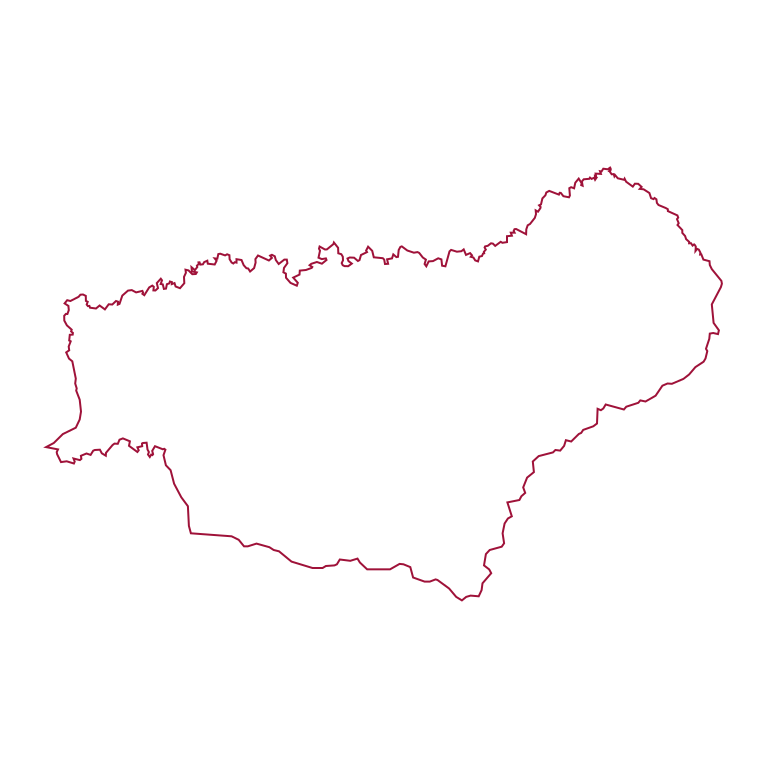 Ngoajane, Butha-Buthe, Lesotho (orthographic projection)
{"feature_id": "5366337B97344543067917", "entity_name": "Ngoajane", "entity_type": "district", "adm_level": 2, "iso_a3": "LSO", "parent_name": "Lesotho", "parent_adm1": "Butha-Buthe", "projection": "orthographic", "projection_center": [28.545, -28.658], "detail": "fine", "context": "isolated", "style": "outline", "palette": "rose", "viewbox_px": 768, "rotation_deg": 0, "n_neighbors": 0, "source": "geoboundaries", "source_scale": "gbopen_adm2", "svg_char_len": 6054}
<svg xmlns="http://www.w3.org/2000/svg" viewBox="0 0 768 768"><path d="M707.3,351.1L706.0,348.8L709.3,338.8L709.8,333.6L713.2,333.0L718.0,334.1L718.9,330.3L713.6,322.9L711.8,304.4L720.9,287.1L721.9,283.7L721.4,280.9L711.8,269.1L709.8,265.0L709.5,261.2L703.4,259.6L701.3,254.3L700.1,254.5L700.4,252.6L698.8,249.6L697.2,248.9L695.5,251.0L695.8,246.6L694.9,245.1L694.1,244.4L692.6,245.6L691.0,243.2L689.1,243.3L689.2,241.9L686.1,239.1L685.1,236.0L682.3,232.9L682.3,230.1L677.5,225.0L678.7,223.2L677.0,219.1L678.2,217.6L677.4,215.4L667.9,211.1L667.8,209.2L665.7,208.0L658.5,205.0L656.9,202.9L656.4,199.3L654.5,198.0L653.5,199.1L651.1,198.2L649.4,193.0L643.6,189.3L639.8,188.9L641.6,186.9L638.2,183.8L634.9,183.7L632.8,186.6L626.1,181.7L624.6,178.7L624.1,179.8L617.8,178.3L615.1,175.1L614.4,176.3L613.7,174.1L611.7,174.3L609.9,171.8L610.4,170.5L609.4,170.7L610.6,168.5L610.1,167.6L607.8,169.3L603.3,168.7L601.5,171.5L600.0,171.2L600.9,173.9L595.6,173.6L596.0,175.8L594.9,175.6L595.0,177.2L596.5,177.7L595.1,179.8L594.2,177.7L591.6,178.9L590.0,177.6L589.3,178.8L583.7,179.3L581.9,181.5L582.6,185.7L581.2,185.1L581.6,183.2L578.7,178.6L575.3,182.7L574.1,188.3L571.1,187.2L569.3,188.2L569.9,195.5L569.0,197.3L563.4,196.2L560.8,192.9L559.7,192.8L558.9,194.6L549.2,190.9L546.3,192.5L545.4,195.3L542.4,198.4L541.0,204.4L539.1,205.3L540.6,207.0L540.4,208.1L538.0,211.7L535.7,210.4L536.0,214.2L534.8,217.9L530.0,224.0L527.7,225.3L526.3,229.3L526.1,234.2L516.1,229.0L514.5,229.2L513.7,230.9L514.6,232.7L510.8,232.7L511.9,235.7L507.0,236.2L507.0,242.1L502.4,242.8L500.7,241.8L495.2,245.9L492.9,243.6L491.0,243.3L487.8,245.8L485.1,246.4L484.6,247.5L485.8,249.6L483.9,251.8L484.2,253.3L483.0,253.6L482.0,256.0L479.3,256.7L478.0,261.4L475.2,260.4L473.4,257.5L470.8,256.8L472.0,255.3L470.1,253.1L466.0,254.9L463.7,249.4L461.4,251.2L456.9,251.7L451.1,249.9L449.5,251.4L445.4,266.3L442.1,265.7L441.4,259.4L438.2,258.3L433.0,261.1L428.7,261.4L426.3,266.3L424.6,264.0L425.9,259.6L422.8,257.5L419.2,252.9L417.5,252.1L413.9,252.7L407.3,250.5L401.8,246.4L400.4,246.9L398.7,250.0L398.0,256.8L396.4,257.1L393.3,254.4L392.0,258.4L387.1,259.3L388.1,263.8L385.0,264.0L384.2,259.6L382.8,258.2L373.8,257.3L372.2,250.8L368.1,246.7L366.1,250.6L367.0,252.1L361.0,255.0L359.5,260.1L357.9,261.0L354.1,257.7L349.7,257.5L347.5,258.5L348.5,261.1L351.8,263.6L348.2,266.2L344.5,266.1L342.7,265.2L341.7,263.1L343.0,260.3L342.8,256.7L341.3,254.2L338.3,253.3L338.1,247.8L333.9,242.5L333.4,244.1L326.9,249.4L325.0,249.5L319.6,246.5L319.0,248.7L320.0,250.7L318.5,257.7L321.8,259.1L325.9,258.4L326.5,260.0L321.9,263.7L316.9,262.0L311.3,263.8L309.6,265.2L312.3,267.0L311.7,267.9L305.9,270.0L299.8,270.6L299.5,274.6L293.2,277.6L297.8,282.8L296.8,285.7L290.5,282.9L286.0,277.7L285.9,273.6L283.4,272.3L284.0,267.9L287.4,263.2L286.8,259.6L284.3,259.6L278.7,264.0L275.8,260.0L274.8,256.3L271.9,254.8L270.1,255.6L271.9,257.9L268.9,260.5L258.0,255.5L255.4,259.1L255.6,262.6L254.1,268.1L250.1,271.5L248.2,268.5L246.4,268.2L243.7,265.2L241.5,260.0L236.5,259.2L236.5,262.6L234.8,262.2L233.3,263.5L231.6,262.5L229.6,259.2L229.4,255.2L227.1,254.3L225.1,255.4L220.2,253.7L218.3,254.1L217.3,258.7L214.7,258.4L216.6,260.8L214.7,264.5L207.8,263.7L207.3,260.7L204.2,262.1L202.9,264.3L200.3,264.6L199.5,262.3L198.5,262.4L198.8,263.9L196.9,265.7L197.3,267.0L194.9,270.1L191.5,267.2L191.9,271.4L196.8,272.4L195.8,274.0L192.3,274.2L188.5,270.4L185.5,269.7L185.9,272.8L184.0,276.9L184.3,283.2L180.0,288.2L175.6,286.5L174.5,283.1L171.8,284.1L171.9,282.1L169.9,281.5L169.3,283.4L166.9,284.2L166.0,288.6L163.9,288.9L162.8,284.4L160.7,284.0L162.0,280.3L160.8,278.7L156.8,283.1L158.0,288.1L155.4,290.5L153.4,290.4L153.8,286.8L152.3,285.6L149.2,287.4L144.3,295.2L142.4,293.8L143.1,292.6L142.4,290.9L136.1,292.4L131.8,290.1L128.0,290.6L122.3,295.6L119.5,303.9L117.8,304.6L118.0,301.7L116.0,301.0L112.3,304.5L108.7,304.3L104.9,309.4L99.6,305.5L96.0,308.5L90.0,307.7L89.4,305.9L87.9,306.1L86.7,304.6L87.7,301.8L85.9,300.9L85.8,295.9L83.0,294.5L80.4,294.7L78.6,296.8L70.4,301.0L67.2,300.2L64.6,303.4L68.4,305.9L68.8,310.1L67.4,314.0L65.9,313.9L64.2,315.8L64.3,320.6L66.9,325.4L71.7,329.7L71.1,331.4L72.9,332.9L72.7,334.6L69.8,334.8L69.2,340.5L70.7,341.3L68.7,346.5L69.2,350.3L66.2,352.4L69.0,358.6L72.3,361.3L75.8,378.6L75.2,383.5L76.7,388.4L76.2,390.6L79.7,399.7L81.0,411.6L79.7,419.5L75.8,427.7L62.8,434.1L53.8,443.0L46.1,447.1L58.0,449.4L56.7,452.1L57.1,454.2L61.0,462.1L66.7,461.3L73.9,463.5L74.7,461.6L73.5,458.5L79.9,460.1L81.4,458.8L80.9,455.8L86.5,453.5L90.6,454.9L93.2,450.7L94.8,450.0L99.9,449.7L101.8,453.3L105.8,455.7L106.0,452.8L112.6,445.0L114.5,443.6L117.8,443.8L119.5,439.7L122.9,438.4L129.9,441.3L129.0,445.8L137.4,452.0L138.7,450.3L137.4,447.3L142.2,446.2L142.0,443.5L142.9,443.0L146.6,442.7L147.5,449.5L148.9,452.1L148.0,454.5L149.8,457.0L151.2,454.6L152.4,455.1L153.1,454.2L152.2,450.9L155.0,446.2L162.9,449.3L164.2,448.8L165.4,449.7L163.5,455.2L165.9,465.3L170.6,470.2L174.1,483.7L181.3,497.3L187.9,506.2L188.9,525.9L190.9,533.3L231.6,536.3L238.7,539.8L244.0,546.3L247.9,546.3L256.5,543.6L269.4,547.2L273.7,550.0L279.0,551.3L291.5,561.6L312.5,568.0L322.6,568.0L325.9,566.0L334.5,565.4L336.9,564.3L339.8,559.5L350.3,560.8L357.5,558.6L359.9,562.5L367.1,569.3L390.1,569.3L399.6,563.9L403.5,564.3L410.3,567.1L413.1,577.5L424.6,581.6L429.8,581.6L435.6,579.4L437.5,580.0L449.1,588.5L456.2,596.9L461.9,600.4L466.2,596.9L470.6,595.6L478.7,596.3L481.6,590.1L482.5,583.3L491.2,573.2L489.2,569.4L484.0,565.4L485.9,554.1L489.7,550.0L501.7,546.7L504.1,543.3L502.6,533.3L504.6,523.5L507.9,518.5L511.8,516.3L507.4,502.4L519.4,500.0L521.4,496.2L525.2,492.9L523.2,487.4L527.1,477.6L533.9,472.1L532.8,461.5L538.7,456.1L553.0,452.4L555.4,450.0L560.2,450.6L564.1,445.9L565.9,440.2L571.2,441.5L578.8,434.0L581.2,432.9L583.2,429.9L593.3,426.3L597.0,423.5L597.6,408.8L600.9,410.2L603.3,408.5L605.7,404.5L623.9,409.5L626.3,406.7L638.3,402.8L640.3,400.4L645.5,401.5L655.6,395.7L662.4,385.7L667.5,383.5L671.9,383.8L683.4,378.9L689.1,374.5L695.4,367.1L703.6,361.7L705.5,358.5L707.3,351.1Z" fill="none" stroke="#9f1239" stroke-width="2"/></svg>